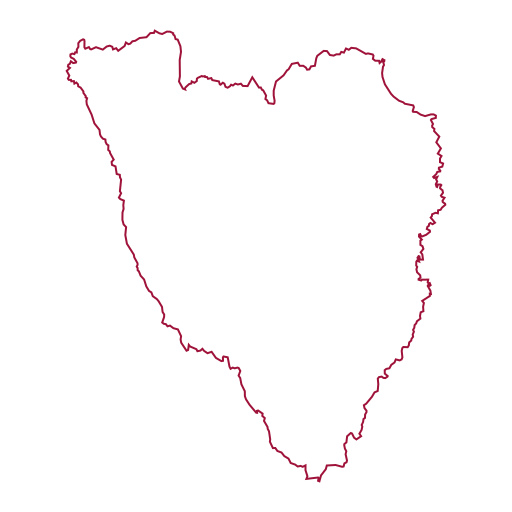 outline of Ankazobe, Analamanga, Madagascar
{"feature_id": "10022922B97289291498871", "entity_name": "Ankazobe", "entity_type": "district", "adm_level": 2, "iso_a3": "MDG", "parent_name": "Madagascar", "parent_adm1": "Analamanga", "projection": "robinson", "projection_center": [47.026, -18.235], "detail": "fine", "context": "isolated", "style": "outline", "palette": "rose", "viewbox_px": 512, "rotation_deg": 0, "n_neighbors": 0, "source": "geoboundaries", "source_scale": "gbopen_adm2", "svg_char_len": 5907}
<svg xmlns="http://www.w3.org/2000/svg" viewBox="0 0 512 512"><path d="M407.7,347.2L408.8,345.4L409.2,342.4L411.2,340.6L411.5,338.9L413.1,336.7L412.7,334.5L413.9,331.7L413.1,329.9L414.3,327.7L414.6,325.1L416.2,323.4L416.9,321.3L420.4,318.6L420.0,315.9L420.7,312.3L423.4,311.2L423.1,306.7L423.9,303.0L422.2,300.9L429.9,295.9L429.8,293.8L430.9,294.0L430.4,290.7L427.7,285.9L428.2,285.0L429.8,285.8L430.6,285.2L429.7,283.0L428.6,283.4L427.7,282.4L428.2,279.6L421.9,279.7L421.2,280.5L418.6,279.7L418.6,278.9L420.5,277.7L420.2,275.3L417.1,272.3L416.4,269.2L417.2,266.9L416.2,265.5L416.3,261.8L416.9,260.7L419.0,261.5L417.5,257.7L418.6,256.1L419.4,256.4L419.9,259.6L423.0,259.6L422.3,254.4L420.7,252.3L423.4,248.9L422.5,246.2L420.4,244.9L420.4,240.6L421.8,239.6L419.0,236.6L419.1,234.5L420.2,234.1L421.3,236.3L422.0,236.5L426.2,234.8L430.0,231.8L429.8,230.5L426.8,229.0L427.4,226.8L428.8,225.9L429.1,224.0L430.4,223.0L432.6,224.2L435.0,222.7L430.7,217.6L431.9,216.1L432.1,214.3L435.5,212.8L437.9,213.3L438.1,210.3L440.6,209.8L441.9,207.7L445.3,204.8L445.1,203.7L442.8,202.1L442.5,200.8L444.5,197.7L441.7,196.8L440.9,195.6L443.0,192.8L442.5,190.3L440.1,188.4L440.1,187.2L441.3,185.1L440.6,184.5L437.9,184.5L437.1,187.0L436.5,186.7L435.8,184.2L437.2,181.4L436.1,179.4L437.3,176.9L434.1,178.0L433.2,176.9L436.2,174.2L437.3,171.9L440.2,171.4L440.3,170.6L438.8,169.0L438.9,167.7L442.3,166.6L443.1,163.5L440.0,162.2L440.0,158.5L441.5,156.0L437.8,153.6L440.9,148.4L436.3,142.3L439.3,136.6L434.1,131.1L434.4,128.9L432.3,127.2L432.1,125.7L433.0,124.0L430.9,120.0L431.5,119.1L435.8,117.9L435.9,115.6L433.6,114.4L430.9,114.4L425.1,116.1L420.6,114.6L416.7,112.0L413.1,111.8L412.7,111.0L413.9,107.1L413.2,105.4L404.7,103.7L403.4,102.4L399.0,100.7L393.6,96.6L391.0,93.8L384.9,84.3L382.5,77.0L382.1,73.1L383.0,66.7L384.0,65.0L383.4,62.6L384.4,60.2L382.5,59.1L381.7,60.5L382.9,61.3L381.3,61.5L379.6,63.0L379.1,60.8L375.2,60.7L372.9,58.9L373.5,55.7L372.8,54.5L368.0,53.4L365.9,53.9L356.2,48.4L351.3,47.8L348.8,49.8L346.0,48.5L343.9,52.6L341.3,51.9L339.8,54.3L336.4,54.3L333.7,55.6L329.9,55.0L327.0,51.1L323.7,50.9L317.3,55.8L316.3,58.2L314.9,65.8L311.0,66.4L309.4,69.4L307.1,69.7L305.9,67.6L303.3,65.8L299.7,65.8L297.8,62.7L291.8,63.9L288.6,69.3L287.0,70.4L283.6,75.3L276.0,81.5L273.7,90.6L273.7,95.5L274.6,100.8L274.3,103.4L273.5,103.9L268.5,103.2L267.1,100.3L265.4,99.0L266.1,95.6L263.2,90.3L262.0,89.8L260.8,87.5L259.0,87.6L252.3,77.3L247.6,86.1L242.8,85.9L240.9,83.7L237.9,84.5L235.3,83.6L232.9,85.5L231.1,84.7L229.9,86.3L227.6,87.7L225.5,86.8L224.4,83.7L222.8,82.7L220.6,84.7L219.8,84.3L218.9,81.4L212.3,80.1L211.3,78.1L208.0,78.8L207.1,77.1L205.1,77.0L204.8,76.1L202.8,76.5L201.8,76.0L197.7,77.9L196.9,78.7L196.8,81.0L194.4,82.8L191.7,81.4L191.3,83.5L189.2,84.0L185.7,87.2L184.7,88.7L185.0,89.4L182.9,88.6L179.0,81.5L179.9,76.4L179.7,60.0L181.0,51.8L180.4,46.2L177.7,39.6L175.6,39.1L174.5,35.5L173.2,34.5L173.2,33.2L170.1,31.7L166.9,31.6L162.2,34.0L159.4,33.3L154.8,30.7L154.0,32.9L150.3,33.1L146.5,37.2L139.6,38.0L135.2,40.8L132.4,41.3L130.3,43.6L128.5,44.2L125.9,42.5L124.6,46.0L118.2,50.8L116.2,48.2L113.0,49.4L112.3,46.8L109.7,45.7L106.7,46.5L102.8,49.6L96.0,47.2L91.2,49.4L90.2,49.1L88.9,47.1L85.3,48.7L84.4,47.2L84.5,41.1L84.2,39.8L83.1,39.3L80.1,40.9L78.3,43.2L78.4,46.9L76.8,49.5L76.8,52.5L75.2,52.3L74.4,54.1L72.3,53.6L70.5,54.4L70.3,56.1L71.0,57.5L73.7,58.8L76.2,61.8L75.9,62.6L73.2,63.1L70.9,61.3L69.8,63.9L68.3,64.7L67.9,66.6L69.9,67.9L66.7,70.9L69.3,75.6L67.9,78.6L68.8,79.9L71.0,79.9L71.3,81.3L73.9,81.1L74.4,83.6L76.3,82.5L78.0,84.3L78.2,86.3L80.6,87.6L83.4,91.4L83.4,92.9L85.8,96.2L85.6,97.4L87.1,98.2L86.4,100.9L86.8,104.4L91.6,114.6L94.4,123.4L99.5,129.9L100.0,134.3L100.9,136.4L102.9,138.7L105.4,139.5L105.6,142.0L106.7,144.2L108.4,145.4L108.2,149.9L109.8,151.4L110.1,153.1L113.7,159.6L111.6,161.9L112.0,164.9L115.5,166.4L116.7,174.0L119.8,174.8L120.0,177.4L121.1,179.6L119.9,191.2L121.1,193.2L118.9,197.6L120.3,199.1L123.9,200.6L123.3,205.1L123.6,208.9L122.5,212.5L122.4,219.8L123.6,224.4L126.1,227.1L125.3,235.0L126.9,243.7L133.8,254.6L134.3,257.4L137.5,263.2L137.6,264.8L136.7,266.6L137.6,268.0L137.7,270.4L138.8,271.2L140.6,275.7L144.1,279.5L146.3,286.4L149.0,290.9L151.4,292.4L152.8,296.2L156.9,299.1L158.6,301.2L162.0,306.9L162.6,312.0L164.2,314.5L164.1,317.0L162.2,322.5L163.8,323.8L165.8,324.1L167.5,326.3L170.0,325.6L173.4,328.2L177.9,329.4L181.1,336.2L180.6,339.4L181.2,342.7L186.5,350.7L188.1,350.0L188.8,344.9L190.1,346.5L196.4,349.2L197.4,351.2L200.4,350.6L202.4,348.8L204.1,350.9L207.5,353.2L211.6,351.8L215.9,357.9L221.4,361.1L223.0,360.8L222.9,357.4L223.5,356.5L227.7,357.3L229.5,366.7L230.6,368.8L232.7,367.6L234.7,368.3L237.5,367.6L238.7,368.0L240.3,371.0L238.6,375.6L240.2,378.0L241.4,384.3L244.8,391.2L244.9,396.2L246.0,399.3L249.5,404.7L256.2,412.7L257.1,412.8L257.0,410.8L258.1,410.5L262.6,413.6L262.3,415.9L264.8,418.1L264.0,420.9L267.5,426.9L267.7,428.8L269.0,431.3L270.2,439.4L269.9,441.7L272.9,448.1L275.3,448.0L277.4,451.0L281.5,452.5L284.3,456.1L288.5,458.6L290.7,463.0L295.2,464.6L297.7,466.5L300.6,465.9L302.7,466.8L305.5,465.4L305.5,470.2L307.4,476.2L306.4,478.9L318.1,477.5L318.6,478.0L318.1,480.8L319.4,481.3L321.0,475.4L325.8,469.2L326.8,465.5L335.6,465.0L342.2,466.8L343.6,466.5L344.4,463.4L346.5,462.3L347.0,460.5L345.6,454.2L346.3,451.2L344.9,448.6L344.2,445.0L344.4,444.0L346.4,442.4L347.1,436.3L350.8,433.0L352.0,433.5L354.1,437.7L356.4,439.4L361.1,436.2L359.4,433.7L361.6,429.9L362.3,426.6L361.7,425.0L363.1,422.0L363.5,419.0L365.0,417.9L365.1,414.5L366.5,412.1L366.5,410.7L364.5,408.1L363.9,405.2L366.2,403.7L372.0,396.7L374.5,392.4L377.7,391.0L378.3,384.3L377.8,378.6L379.0,377.1L381.7,376.6L383.4,377.9L385.3,378.1L387.4,376.7L387.7,376.1L384.8,373.6L384.7,370.2L386.3,368.9L389.4,368.3L391.3,364.8L394.5,362.5L395.8,359.4L399.7,360.4L401.6,359.4L402.4,357.4L401.7,350.9L402.3,348.1L403.3,347.0L407.7,347.2Z" fill="none" stroke="#9f1239" stroke-width="2"/></svg>